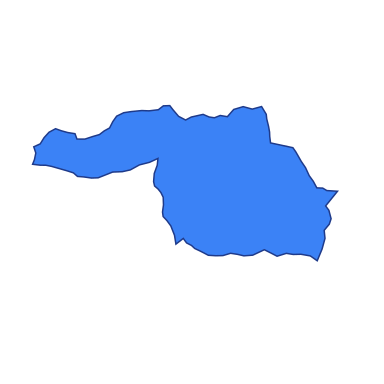 outline of Fernão, São Paulo, Brazil, rotated 64°
{"feature_id": "56859067B16110619340323", "entity_name": "Fernão", "entity_type": "district", "adm_level": 2, "iso_a3": "BRA", "parent_name": "Brazil", "parent_adm1": "São Paulo", "projection": "equal_earth", "projection_center": [-49.55, -22.377], "detail": "fine", "context": "isolated", "style": "filled", "palette": "blue", "viewbox_px": 384, "rotation_deg": 64, "n_neighbors": 0, "source": "geoboundaries", "source_scale": "gbopen_adm2", "svg_char_len": 1493}
<svg xmlns="http://www.w3.org/2000/svg" viewBox="0 0 384 384"><g transform="rotate(64 192 192)"><path d="M308.7,109.6L300.3,100.1L292.0,92.8L284.4,90.0L281.1,82.7L277.0,78.7L268.5,77.0L263.1,78.0L255.1,60.9L249.8,70.2L245.8,72.8L243.0,78.0L235.5,78.3L228.7,79.5L219.9,79.3L212.3,80.4L201.6,81.1L196.4,81.9L182.3,99.9L176.2,97.8L172.1,96.0L166.5,94.4L159.1,92.8L154.7,91.2L145.7,92.0L143.9,101.5L137.7,108.6L136.1,118.3L139.8,127.2L135.6,133.1L135.1,139.3L132.1,143.7L127.1,148.0L124.3,159.8L124.5,166.2L118.1,170.9L109.5,173.1L104.6,174.1L102.0,180.0L103.3,186.2L100.2,195.1L96.8,201.4L93.1,211.3L90.8,218.6L90.8,226.5L94.0,232.3L98.3,238.0L98.6,244.1L99.8,250.0L98.6,257.0L97.5,265.1L94.0,272.2L88.3,271.6L84.1,277.6L79.6,282.7L75.3,286.9L75.6,294.3L78.3,301.1L82.2,307.3L82.0,314.4L88.5,315.3L93.8,319.4L97.2,323.1L101.4,316.6L103.9,311.6L107.4,307.0L112.7,301.1L118.3,294.9L122.8,290.2L127.8,288.1L131.0,282.7L135.4,276.2L138.1,270.1L139.3,254.6L143.2,245.7L145.1,237.8L144.6,227.3L146.7,217.2L146.9,207.9L152.7,211.5L158.8,217.8L165.9,222.0L170.2,223.0L174.4,221.2L178.8,220.2L184.1,220.2L191.1,223.3L197.1,227.3L201.4,228.7L206.6,227.1L213.2,225.9L223.2,226.7L231.8,229.3L229.9,220.2L235.4,219.2L239.8,215.9L244.0,214.3L248.2,210.9L251.9,208.1L256.0,205.1L259.7,198.6L262.7,192.1L264.0,184.2L268.0,178.4L272.1,173.4L275.4,165.1L275.6,152.3L281.2,148.0L287.0,143.7L288.5,134.1L292.5,128.4L295.7,121.4L301.3,113.7L308.7,109.6Z" fill="#3b82f6" stroke="#1e3a8a" stroke-width="1.5"/></g></svg>